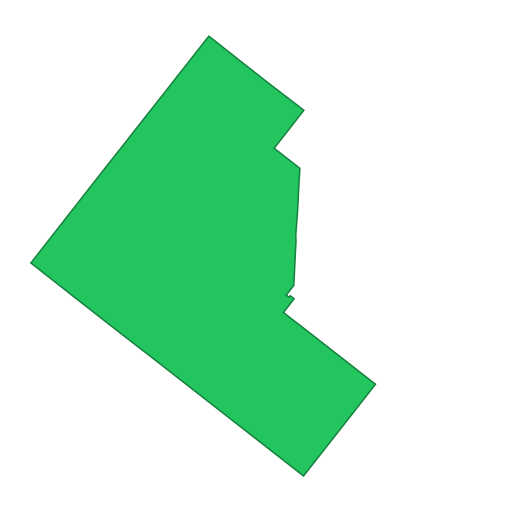 the district of Coolgardie, Western Australia, Australia, rotated 38°
{"feature_id": "25037944B30748912552839", "entity_name": "Coolgardie", "entity_type": "district", "adm_level": 2, "iso_a3": "AUS", "parent_name": "Australia", "parent_adm1": "Western Australia", "projection": "mercator", "projection_center": [120.788, -31.014], "detail": "fine", "context": "isolated", "style": "filled", "palette": "green", "viewbox_px": 512, "rotation_deg": 38, "n_neighbors": 0, "source": "geoboundaries", "source_scale": "gbopen_adm2", "svg_char_len": 2233}
<svg xmlns="http://www.w3.org/2000/svg" viewBox="0 0 512 512"><g transform="rotate(38 256 256)"><path d="M83.5,111.8L83.4,128.1L83.4,151.9L83.3,164.0L83.3,186.8L83.2,209.5L83.1,230.8L83.1,247.0L82.9,289.9L82.9,298.1L82.9,298.4L82.9,300.7L82.9,302.2L82.9,304.5L82.9,305.2L82.9,306.7L82.9,309.8L82.9,311.3L82.9,312.0L82.9,313.6L82.9,314.3L82.9,315.8L82.9,316.6L82.9,322.6L82.9,323.4L82.9,324.9L82.9,325.7L82.9,327.2L82.9,327.9L82.9,329.5L82.9,330.2L82.9,331.7L82.9,332.5L82.9,334.8L82.9,343.1L82.9,343.8L82.9,352.2L82.9,352.9L82.9,361.3L82.9,362.0L82.9,369.6L82.9,370.4L82.9,378.8L82.9,379.5L82.9,381.8L82.9,384.7L82.9,385.5L82.9,393.6L82.9,394.3L82.9,398.0L82.9,400.1L85.9,400.1L93.6,400.1L100.4,400.2L111.9,400.2L120.2,400.2L138.5,400.3L151.5,400.3L157.6,400.3L177.4,400.3L197.3,400.3L236.9,400.1L258.3,400.1L278.1,400.1L304.7,400.1L337.1,400.1L354.3,400.1L367.5,400.1L391.0,400.1L419.0,400.1L428.9,400.1L429.0,357.4L429.1,318.5L429.1,283.4L426.4,283.5L421.9,283.5L415.8,283.5L406.8,283.5L400.0,283.5L387.1,283.5L372.0,283.5L355.9,283.5L342.9,283.5L340.7,283.5L338.5,283.5L337.0,283.5L334.8,283.5L332.6,283.5L330.4,283.5L328.2,283.6L326.2,283.6L323.8,283.6L319.6,283.6L316.2,283.6L314.9,283.6L312.4,283.6L312.4,275.5L312.4,266.2L311.8,266.2L307.5,266.2L307.5,268.1L303.9,268.1L303.9,264.3L303.9,260.7L303.9,255.8L301.7,252.8L298.7,248.5L284.5,228.4L283.8,227.4L283.0,226.2L280.8,223.1L280.7,222.9L280.2,222.2L279.7,221.5L279.4,221.1L278.8,220.3L278.8,220.2L274.1,214.5L270.0,208.3L261.6,195.7L258.3,191.0L253.0,183.4L252.7,183.1L244.3,171.1L240.5,165.5L236.6,159.9L233.9,159.9L225.9,159.9L224.0,159.9L219.1,159.9L215.9,159.9L214.2,159.9L204.0,159.9L204.0,159.0L204.0,156.0L204.0,151.7L204.0,122.2L204.0,111.7L201.8,111.7L199.0,111.7L197.5,111.7L194.5,111.7L193.0,111.8L190.8,111.8L156.9,112.1L154.6,112.1L152.4,112.1L149.4,112.1L147.2,112.0L144.9,112.0L142.7,112.0L140.4,112.0L138.2,112.0L135.9,112.0L133.7,112.0L131.4,112.0L129.2,112.0L126.9,112.0L124.7,112.0L122.4,112.0L120.2,112.0L117.9,111.9L115.7,111.9L113.5,111.9L111.2,111.9L109.0,111.9L106.7,111.9L104.5,111.9L101.5,111.9L99.2,111.8L97.0,111.8L94.7,111.8L92.5,111.8L90.2,111.8L88.0,111.8L85.7,111.8L83.5,111.8Z" fill="#22c55e" stroke="#15803d" stroke-width="1.5"/></g></svg>